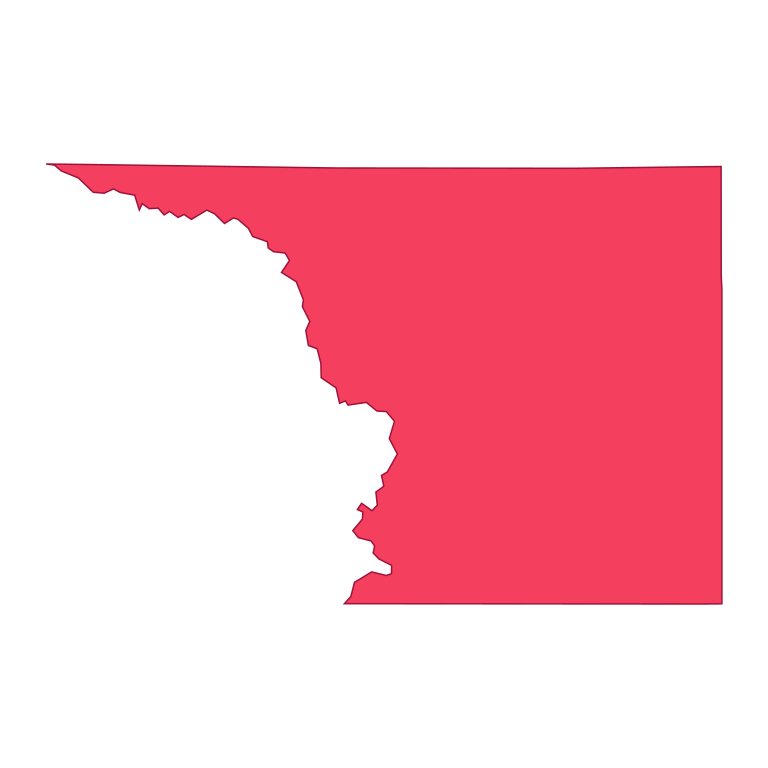 the district of Crockett, Texas, United States of America
{"feature_id": "52423323B97949275752783", "entity_name": "Crockett", "entity_type": "district", "adm_level": 2, "iso_a3": "USA", "parent_name": "United States of America", "parent_adm1": "Texas", "projection": "mercator", "projection_center": [-101.803, 30.687], "detail": "fine", "context": "isolated", "style": "filled", "palette": "rose", "viewbox_px": 768, "rotation_deg": 0, "n_neighbors": 0, "source": "geoboundaries", "source_scale": "gbopen_adm2", "svg_char_len": 1134}
<svg xmlns="http://www.w3.org/2000/svg" viewBox="0 0 768 768"><path d="M573.2,168.3L336.0,168.0L87.5,164.5L46.1,164.0L54.5,165.1L61.4,171.0L78.3,177.9L93.3,192.3L104.2,193.2L113.4,188.9L120.3,192.5L134.7,195.2L139.3,210.0L142.2,203.7L149.4,208.7L158.2,208.1L164.1,214.9L169.6,211.4L178.1,217.4L184.1,214.5L191.4,219.4L206.8,210.1L214.6,213.8L224.5,223.5L233.4,218.0L237.8,219.2L248.4,228.3L252.8,236.6L267.4,241.7L268.2,247.9L273.5,251.7L285.2,253.1L289.5,260.5L281.5,272.4L296.3,281.8L303.4,299.8L302.4,306.7L309.8,321.4L305.8,330.5L308.4,345.5L317.2,348.8L320.9,363.5L321.2,377.7L336.1,387.9L339.6,403.3L345.4,400.9L348.1,405.1L366.3,402.4L376.9,411.0L386.3,411.6L394.5,421.2L389.3,438.6L397.4,454.0L387.3,472.0L381.5,475.4L383.8,486.2L375.9,492.1L377.3,505.2L372.0,510.7L361.6,503.3L357.4,509.6L362.9,512.0L362.4,519.1L352.8,530.6L358.4,537.7L371.2,541.0L374.6,546.0L373.2,553.0L379.0,559.0L391.6,565.4L391.5,573.7L386.4,575.5L371.7,571.9L354.5,582.3L350.9,596.4L344.4,603.7L700.8,604.0L716.4,603.9L721.9,603.8L721.9,374.1L721.9,289.4L721.2,275.5L721.1,166.5L573.2,168.3Z" fill="#f43f5e" stroke="#9f1239" stroke-width="1.5"/></svg>